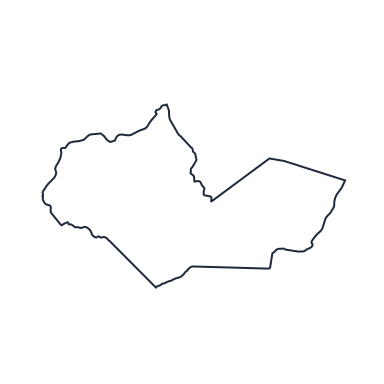 map outline of Ogooué-Ivindo (Equal Earth projection), rotated 224°
{"feature_id": "GAB-2186", "entity_name": "Ogooué-Ivindo", "entity_type": "Province", "adm_level": 1, "iso_a3": "GAB", "parent_name": "Gabon", "parent_adm1": "", "projection": "equal_earth", "projection_center": [13.011, 0.34], "detail": "fine", "context": "isolated", "style": "outline", "palette": "slate", "viewbox_px": 384, "rotation_deg": 224, "n_neighbors": 0, "source": "natural_earth", "source_scale": "10m", "svg_char_len": 3241}
<svg xmlns="http://www.w3.org/2000/svg" viewBox="0 0 384 384"><g transform="rotate(224 192 192)"><path d="M216.2,99.5L217.0,99.6L218.6,99.3L221.3,99.6L222.9,99.1L224.3,98.3L225.8,95.9L227.2,95.6L228.5,95.2L229.0,93.3L229.6,92.5L231.1,91.9L232.8,91.7L234.0,91.8L236.7,93.1L239.2,93.8L241.5,93.7L244.1,93.1L245.1,92.1L246.9,88.9L249.7,87.4L250.7,86.3L251.8,85.3L253.3,85.2L254.1,85.2L254.8,85.1L256.2,84.8L256.7,84.4L257.7,83.5L258.2,83.2L258.6,83.3L259.5,83.9L259.7,84.0L260.6,83.6L260.8,83.3L261.8,80.8L262.5,78.1L262.6,77.6L263.7,77.3L278.4,79.1L279.7,79.5L281.1,80.7L282.3,82.2L283.5,83.4L285.1,83.5L287.9,82.0L289.3,81.6L290.9,81.8L294.0,82.9L294.6,83.5L295.1,84.2L295.7,84.8L296.6,85.0L296.8,85.6L296.9,86.2L297.6,86.8L298.4,87.3L299.3,88.1L299.7,89.3L300.9,95.9L301.1,98.6L301.0,106.5L301.7,109.2L302.9,111.4L306.6,113.7L307.7,115.8L308.9,121.2L309.8,123.6L310.8,125.9L312.2,128.0L313.6,129.8L315.5,131.1L316.1,131.9L315.9,133.4L315.2,134.3L314.3,135.1L313.7,135.9L314.0,137.2L314.5,142.1L311.8,146.4L308.2,150.6L306.0,154.9L305.8,160.3L305.2,162.6L299.5,169.3L299.2,169.8L298.7,170.3L297.7,170.8L293.8,171.1L289.4,170.4L285.6,171.1L283.2,175.6L284.1,177.7L284.6,179.9L284.3,182.1L282.8,184.3L277.0,188.6L275.4,191.0L272.6,199.3L270.0,204.6L269.6,207.1L270.0,209.7L270.8,213.0L271.1,215.5L271.5,223.1L272.0,223.8L272.9,223.9L273.8,224.1L274.4,225.4L274.3,226.5L273.2,228.4L272.9,229.4L273.0,231.0L273.4,232.2L273.5,233.3L272.7,234.6L271.9,235.6L270.9,237.4L265.2,234.6L261.3,230.9L259.6,229.6L258.1,228.7L242.5,224.2L241.3,224.0L238.3,224.2L223.7,223.4L222.1,223.5L221.5,223.3L220.7,222.8L219.9,222.1L219.1,221.7L217.0,221.8L216.1,221.6L215.2,221.1L214.4,220.4L211.4,218.5L210.9,217.7L210.6,216.7L209.1,210.4L209.0,208.3L208.6,207.4L207.3,206.2L206.3,204.7L205.6,204.4L203.3,204.8L202.6,204.8L202.0,204.7L201.5,204.5L200.8,204.1L199.4,202.9L198.1,201.6L197.5,201.3L195.2,204.1L194.4,204.7L193.2,205.0L192.3,204.8L190.0,203.9L188.0,203.5L186.6,203.6L185.7,203.3L185.0,202.5L184.6,201.5L184.0,200.6L183.3,199.9L182.7,199.0L181.9,198.4L180.9,198.2L175.8,201.5L175.0,201.7L174.3,201.5L173.6,201.0L172.9,200.1L172.3,199.2L171.8,198.7L171.4,199.0L159.6,269.9L147.3,278.3L89.9,306.7L87.6,300.1L87.3,299.1L86.1,290.6L84.9,287.2L83.9,285.4L83.3,284.4L80.4,281.1L79.7,280.1L79.3,279.0L78.1,273.6L77.9,271.9L78.0,269.3L77.9,267.7L77.7,266.3L77.3,265.2L73.2,257.0L72.8,256.0L72.6,255.0L72.4,253.9L72.5,251.4L72.7,248.5L72.4,243.7L71.8,240.2L71.5,239.4L71.0,238.8L70.3,238.4L69.5,238.3L68.9,238.0L68.4,237.5L68.2,237.0L67.9,236.1L67.9,235.2L68.1,234.1L69.4,230.8L70.1,227.6L70.7,226.5L72.7,224.6L73.8,223.2L84.8,215.5L86.1,215.2L87.0,214.7L88.1,213.5L89.0,212.6L90.5,210.9L91.0,209.8L91.2,208.4L91.1,206.9L91.5,203.6L83.6,192.3L83.2,191.4L83.3,190.8L83.9,189.9L139.9,138.8L140.5,137.9L140.8,137.0L141.2,134.1L141.2,133.7L140.9,133.2L140.9,132.8L140.9,132.2L141.1,131.1L141.2,130.5L140.9,126.6L141.0,124.5L141.3,122.8L141.3,122.7L143.6,118.7L144.2,117.3L145.1,114.8L145.2,114.3L145.4,113.8L145.6,113.2L146.8,111.4L147.0,110.9L148.5,107.0L149.5,105.7L149.7,105.2L149.8,104.8L149.9,103.5L150.0,103.1L150.1,102.7L150.3,102.3L151.2,100.8L151.3,100.5L151.4,100.2L151.6,99.1L151.6,98.2L216.2,99.5Z" fill="none" stroke="#1e293b" stroke-width="2"/></g></svg>